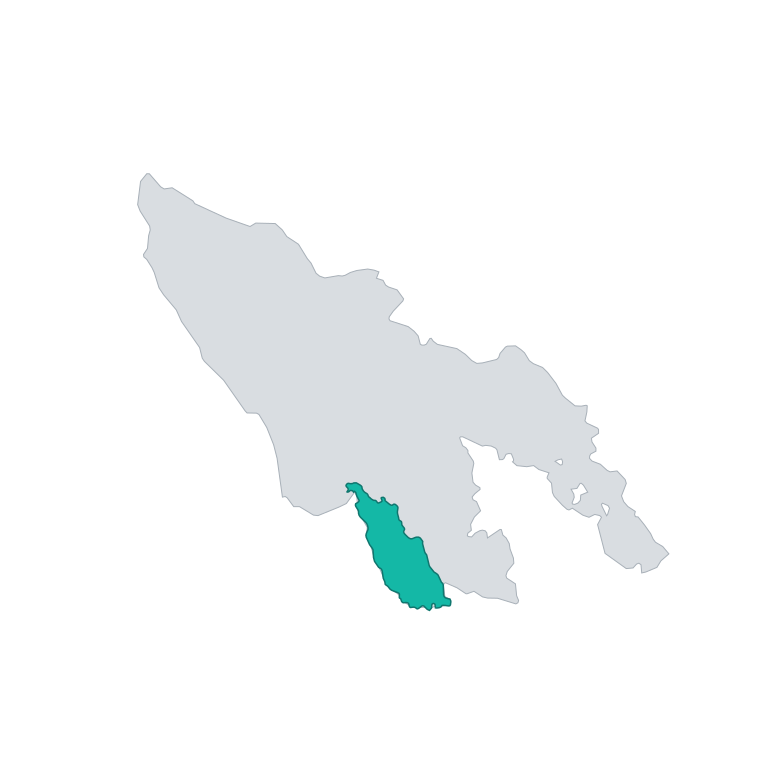 Talas highlighted on a map of Kyrgyzstan, rotated 233°
{"feature_id": "KGZ-1121", "entity_name": "Talas", "entity_type": "Region", "adm_level": 1, "iso_a3": "KGZ", "parent_name": "Kyrgyzstan", "parent_adm1": "", "projection": "equal_earth", "projection_center": [72.41, 42.447], "detail": "fine", "context": "in_parent", "style": "filled", "palette": "teal", "viewbox_px": 768, "rotation_deg": 233, "n_neighbors": 0, "source": "natural_earth", "source_scale": "10m", "svg_char_len": 6679}
<svg xmlns="http://www.w3.org/2000/svg" viewBox="0 0 768 768"><g transform="rotate(233 384 384)"><path d="M172.1,455.9L173.9,454.7L179.9,453.5L191.8,452.3L195.9,453.2L204.0,458.1L210.3,457.5L211.4,458.2L213.8,462.3L222.5,456.2L228.8,454.4L232.0,448.3L238.8,441.0L244.5,439.8L244.6,441.0L245.7,442.1L251.6,443.7L253.4,441.8L254.4,439.2L252.3,434.9L252.3,433.2L254.1,430.6L263.5,434.6L265.6,434.5L269.9,432.3L273.8,428.3L275.2,425.2L294.4,415.1L295.8,413.3L295.5,412.0L287.4,409.6L283.8,411.0L280.4,411.0L278.4,409.5L268.7,408.9L266.5,407.9L260.0,400.6L252.0,396.0L248.1,396.3L243.5,398.2L242.0,397.3L241.7,390.5L240.7,386.4L238.0,385.4L234.4,387.1L224.6,384.8L223.4,376.2L219.8,368.7L214.6,365.7L214.4,361.1L212.6,359.2L211.1,359.8L209.1,362.0L210.0,367.0L209.2,372.1L208.1,374.6L205.8,376.5L203.2,376.5L198.8,374.0L198.0,389.2L197.1,390.1L191.8,388.0L187.6,388.9L181.2,388.0L176.4,385.4L167.1,382.6L162.7,379.8L160.1,369.6L157.5,366.0L155.1,365.2L145.3,368.7L135.1,362.5L130.1,361.2L128.7,359.3L129.0,357.0L144.6,345.7L150.7,337.9L154.6,334.6L164.3,331.1L166.5,324.0L167.3,323.2L177.2,319.7L188.3,313.5L188.5,311.8L187.4,310.3L177.5,304.6L172.5,307.2L169.5,303.9L169.5,300.5L172.9,294.7L175.7,291.8L176.9,286.2L180.9,282.5L185.1,276.6L190.1,271.7L199.4,268.1L204.5,269.3L209.4,268.4L216.9,265.5L221.5,265.3L240.7,269.8L247.1,270.0L262.0,275.8L273.8,278.7L279.5,284.3L298.3,286.8L303.5,288.5L305.3,291.2L310.7,294.7L315.3,295.5L311.2,282.0L312.8,274.0L318.6,252.1L321.7,248.8L336.9,242.7L340.4,238.1L351.4,238.2L353.6,237.4L354.8,234.8L389.0,253.9L401.9,259.3L419.8,264.2L434.9,265.8L437.4,264.7L443.3,257.2L446.1,256.9L483.5,258.2L510.2,254.2L514.0,254.4L524.1,258.7L555.7,259.9L568.2,262.7L587.9,261.7L596.2,262.2L611.3,267.6L616.5,268.7L626.3,269.5L630.0,268.7L632.2,269.9L634.6,276.7L644.1,285.3L647.7,290.0L651.2,291.9L668.8,293.3L675.5,295.2L692.3,311.5L694.7,321.1L693.1,323.1L675.9,324.3L672.1,325.8L668.2,332.9L645.3,341.6L641.9,341.4L611.4,357.8L590.4,371.8L589.7,378.4L577.6,393.7L568.2,395.5L560.2,395.1L547.1,399.8L530.2,398.2L524.5,398.5L513.4,396.4L508.9,397.5L504.3,400.6L498.0,412.8L495.4,415.6L494.2,418.4L493.3,424.3L491.0,430.6L485.6,440.2L480.9,444.6L476.6,447.4L473.0,441.6L467.3,445.6L462.0,444.8L458.7,446.0L451.3,451.1L440.2,450.9L439.0,449.1L436.6,435.2L434.5,428.6L432.9,427.1L430.9,426.9L415.2,437.9L407.9,439.8L401.8,440.2L393.9,436.9L392.2,437.7L390.9,439.5L390.3,441.7L392.7,448.0L392.1,449.2L388.5,449.1L383.5,450.5L368.4,463.5L358.8,466.8L349.9,468.2L344.6,470.5L341.6,475.3L335.8,488.7L336.1,491.5L338.6,495.1L340.4,503.2L340.0,505.3L335.3,512.0L329.2,514.0L324.4,515.0L315.2,514.1L310.4,515.5L301.7,520.6L294.6,521.6L281.0,521.7L267.7,519.7L263.4,520.4L251.6,523.4L247.6,528.2L245.4,532.6L244.3,533.2L239.6,529.2L233.6,522.3L230.7,522.4L220.1,528.0L218.5,527.9L215.5,525.7L215.9,517.0L212.5,515.2L205.3,514.7L202.8,512.8L203.7,507.1L202.8,505.0L201.0,503.4L197.2,503.8L189.7,508.5L180.8,510.2L177.8,511.7L174.3,517.8L162.6,519.1L158.8,517.7L151.7,506.3L145.7,504.6L139.4,505.0L131.0,508.0L129.0,505.6L126.8,504.9L124.9,506.9L114.5,507.2L104.0,506.9L98.1,505.6L94.2,505.6L86.4,508.8L76.9,509.3L76.1,498.7L73.3,491.6L76.3,479.9L78.0,476.1L85.0,480.5L87.5,479.7L88.2,477.4L87.2,472.2L90.8,466.4L115.7,458.6L143.2,470.0L146.7,477.5L149.1,477.1L153.0,473.8L154.2,467.5L159.5,463.9L171.4,459.7L172.1,455.9ZM186.0,481.8L186.6,480.7L184.5,475.2L187.4,470.1L181.8,469.3L179.0,467.7L175.8,462.6L174.7,462.3L173.1,463.8L172.2,467.1L172.9,470.8L176.9,474.3L175.0,481.6L183.2,482.4L186.0,481.8ZM157.3,486.8L157.1,485.3L155.1,484.5L144.8,482.5L145.2,484.0L149.1,489.4L152.1,489.7L157.3,486.8ZM218.7,477.4L219.3,474.1L213.1,476.1L212.4,477.8L214.5,479.9L217.2,480.7L218.7,477.4Z" fill="#d9dde1" stroke="#a8b0b8" stroke-width="1"/><path d="M314.4,296.2L316.0,295.9L316.0,294.6L317.6,294.7L318.9,293.5L319.3,292.7L319.3,292.4L319.2,292.0L319.1,291.6L319.2,290.7L319.5,290.1L319.9,289.5L320.1,289.5L320.3,289.8L320.7,291.0L320.8,291.4L321.0,291.6L321.3,291.9L321.6,292.1L322.0,292.3L322.5,292.4L323.1,292.4L324.7,292.2L324.9,292.3L325.6,292.4L326.3,293.4L326.4,294.0L326.5,294.8L326.3,295.4L326.1,295.8L324.6,297.2L323.7,298.5L323.4,299.1L323.2,300.3L321.7,302.4L320.8,302.8L317.5,304.2L316.2,304.5L315.3,304.5L313.8,303.7L313.4,303.5L311.2,303.2L309.9,303.3L308.9,303.5L306.7,304.4L305.9,304.5L305.1,304.4L304.4,304.1L303.4,304.0L302.6,304.0L301.5,304.4L300.4,304.5L299.1,304.9L297.6,305.6L297.3,305.7L297.1,306.0L296.5,306.8L295.8,307.3L295.1,307.4L293.3,307.4L292.6,307.6L292.3,308.0L292.1,308.6L291.6,310.7L291.6,311.1L291.6,311.6L291.8,312.0L292.2,312.3L294.2,312.9L294.5,313.0L294.8,313.4L294.8,313.7L294.6,314.1L294.0,315.2L292.3,315.8L291.7,315.6L291.0,315.3L290.6,314.8L290.1,314.7L284.7,316.0L283.2,316.6L282.3,317.4L282.2,318.2L282.2,319.1L282.0,319.7L281.3,320.4L280.2,320.8L278.4,321.1L277.5,321.0L276.7,320.6L274.0,317.9L272.9,317.1L271.7,316.5L268.7,315.3L266.8,314.3L265.9,314.3L263.7,315.1L262.7,314.7L260.8,313.5L258.8,313.4L257.1,313.5L256.1,313.3L255.4,312.8L255.1,312.1L254.7,311.3L253.8,310.5L253.1,310.3L251.3,310.3L247.1,310.9L246.1,311.2L244.8,311.8L244.0,312.5L243.5,313.4L243.2,314.4L242.6,316.7L242.0,318.0L240.8,319.5L239.7,320.1L238.7,320.3L235.0,320.2L233.7,319.0L232.6,318.4L231.6,318.0L225.3,315.4L223.5,315.1L223.1,315.2L222.4,315.3L221.6,315.1L212.2,311.0L210.7,310.6L203.7,310.8L203.1,311.0L201.9,311.5L199.9,312.1L199.1,312.2L198.4,312.1L190.9,310.5L189.5,310.9L187.7,310.3L179.9,304.8L178.1,304.1L176.3,304.3L173.8,306.1L172.6,307.2L170.9,306.9L169.8,306.3L167.6,304.1L167.3,303.0L168.0,301.9L169.3,300.6L170.0,300.0L171.8,297.9L172.2,297.0L172.1,296.5L171.8,296.0L171.7,295.2L172.0,293.8L172.7,292.4L173.5,291.1L174.3,290.3L177.0,292.0L177.9,292.1L178.7,291.7L179.2,291.0L179.3,290.1L178.9,289.3L176.9,287.6L176.4,286.9L175.8,284.1L178.0,282.9L182.8,282.2L183.7,281.3L184.0,280.2L183.9,277.3L184.1,275.8L184.5,275.1L186.7,274.4L187.6,273.8L188.3,272.9L189.5,270.7L190.4,270.3L191.7,270.6L193.0,271.3L194.2,271.5L195.2,271.1L196.1,270.2L196.8,269.2L197.4,268.1L198.4,267.3L199.8,267.2L202.5,268.1L203.4,267.7L204.0,267.6L204.5,267.9L206.7,269.7L207.4,270.0L208.4,269.8L214.6,266.0L216.4,265.4L220.3,265.3L222.3,264.6L223.2,264.4L224.0,264.8L224.9,265.3L225.8,265.7L229.3,266.5L235.7,270.0L237.5,270.5L238.4,270.4L240.0,269.7L240.9,269.4L248.0,269.7L251.7,271.2L258.3,275.5L260.3,275.8L264.3,275.8L272.3,277.6L274.0,278.5L275.3,280.0L277.3,283.5L278.7,284.7L280.6,285.6L282.5,286.1L284.4,286.2L291.6,285.0L294.1,285.1L296.2,285.9L297.3,286.8L298.2,287.3L299.2,287.5L303.2,287.8L304.5,288.3L305.4,289.3L305.2,291.5L305.3,293.1L305.9,294.0L311.0,294.9L314.4,296.2Z" fill="#14b8a6" stroke="#0f766e" stroke-width="1.5"/></g></svg>